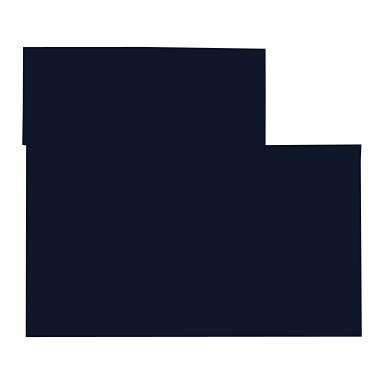 the district of Sawyer, Wisconsin, United States of America
{"feature_id": "52423323B73952033582421", "entity_name": "Sawyer", "entity_type": "district", "adm_level": 2, "iso_a3": "USA", "parent_name": "United States of America", "parent_adm1": "Wisconsin", "projection": "albers", "projection_center": [-91.112, 45.898], "detail": "fine", "context": "isolated", "style": "filled", "palette": "ink", "viewbox_px": 384, "rotation_deg": 0, "n_neighbors": 0, "source": "geoboundaries", "source_scale": "gbopen_adm2", "svg_char_len": 279}
<svg xmlns="http://www.w3.org/2000/svg" viewBox="0 0 384 384"><path d="M361.0,335.9L360.0,161.0L360.6,145.2L264.8,145.9L264.9,97.6L264.8,49.5L144.1,47.7L23.8,47.8L23.5,112.2L23.0,144.2L26.9,144.7L26.5,336.3L361.0,335.9Z" fill="#0f172a" stroke="#020617" stroke-width="1.5"/></svg>